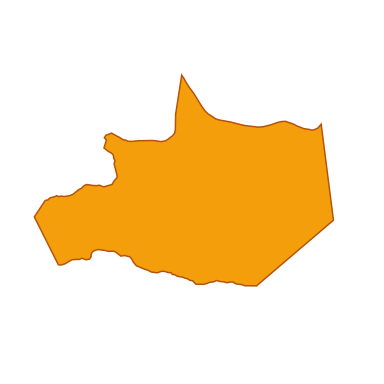 the district of Coelho Neto, Maranhão, Brazil, rotated 287°
{"feature_id": "56859067B80380733340566", "entity_name": "Coelho Neto", "entity_type": "district", "adm_level": 2, "iso_a3": "BRA", "parent_name": "Brazil", "parent_adm1": "Maranhão", "projection": "mercator", "projection_center": [-43.134, -4.232], "detail": "fine", "context": "isolated", "style": "filled", "palette": "amber", "viewbox_px": 384, "rotation_deg": 287, "n_neighbors": 0, "source": "geoboundaries", "source_scale": "gbopen_adm2", "svg_char_len": 2075}
<svg xmlns="http://www.w3.org/2000/svg" viewBox="0 0 384 384"><g transform="rotate(287 192 192)"><path d="M121.1,281.3L123.4,282.6L138.0,291.9L176.3,316.3L206.4,335.5L294.6,295.7L290.0,293.7L287.3,290.7L286.2,288.7L286.1,285.9L285.3,280.4L285.7,275.5L285.8,272.8L286.6,269.5L286.9,260.5L285.5,257.0L283.3,253.1L279.7,248.4L275.1,240.8L273.3,236.0L272.8,233.0L271.0,223.2L270.7,219.5L270.6,217.4L270.2,208.2L269.8,205.0L269.4,201.6L268.8,196.5L268.9,193.2L271.5,184.3L273.7,180.2L277.0,176.0L286.6,165.1L291.0,159.1L295.8,153.5L297.8,151.6L300.7,148.0L268.6,152.6L261.6,153.6L246.9,157.8L243.4,158.2L240.2,157.0L235.1,153.4L232.9,151.3L231.1,147.4L230.1,140.9L229.4,138.2L225.5,126.1L222.8,119.7L221.8,115.7L222.2,113.8L221.9,110.7L223.2,105.9L223.5,103.8L224.8,97.8L222.7,95.3L221.1,93.1L218.3,92.3L216.6,95.0L208.4,94.9L206.3,100.2L205.7,103.3L204.5,105.8L201.1,107.5L199.6,109.1L196.1,109.3L186.4,115.2L184.1,116.2L182.3,115.4L180.4,114.4L175.8,113.3L171.1,106.0L171.4,101.2L170.3,99.4L169.3,95.3L168.8,91.9L168.3,89.0L166.5,86.9L163.1,85.1L161.3,83.1L155.1,78.9L152.7,76.1L150.2,70.8L149.9,68.0L148.7,66.4L148.9,63.8L147.6,62.3L144.9,57.9L142.5,56.7L141.0,54.1L122.1,48.5L83.3,85.5L84.1,88.6L86.4,91.8L89.1,94.1L92.1,97.0L93.8,101.3L94.6,104.0L96.5,106.2L96.3,108.2L96.3,110.8L98.0,113.7L100.6,114.4L102.9,113.8L104.9,114.0L107.2,115.6L109.3,118.5L109.9,121.1L110.8,127.0L110.7,129.2L112.5,134.3L112.2,136.4L111.7,138.3L110.9,140.1L109.9,142.8L111.5,146.0L111.7,149.0L111.8,151.6L109.9,154.4L107.9,156.3L105.2,160.3L104.3,169.6L104.3,172.8L103.6,176.4L104.5,182.2L106.4,184.9L107.6,186.8L108.1,189.3L108.0,192.9L108.7,195.5L107.4,197.3L107.9,199.7L107.2,202.4L107.4,205.2L107.8,207.9L107.5,210.3L107.7,213.0L106.9,215.9L107.3,218.5L106.2,220.5L105.0,222.5L105.8,225.9L106.5,227.7L106.9,229.7L108.9,233.2L110.5,234.8L111.8,237.5L112.7,239.4L114.5,241.3L114.6,245.1L115.4,248.5L115.4,251.8L117.3,255.4L117.8,257.4L117.0,261.0L117.4,263.6L118.0,266.7L117.8,270.2L118.9,273.5L119.7,276.5L120.5,279.0L121.1,281.3Z" fill="#f59e0b" stroke="#b45309" stroke-width="1.5"/></g></svg>